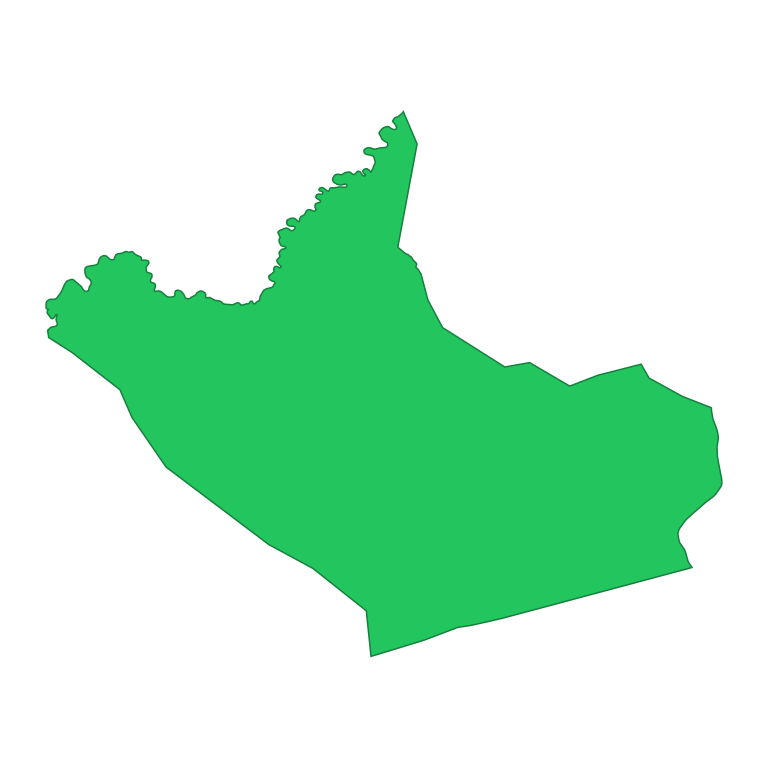 Orxon, Selenge, Mongolia (Robinson projection)
{"feature_id": "93677404B79520329035093", "entity_name": "Orxon", "entity_type": "district", "adm_level": 2, "iso_a3": "MNG", "parent_name": "Mongolia", "parent_adm1": "Selenge", "projection": "robinson", "projection_center": [105.368, 49.049], "detail": "fine", "context": "isolated", "style": "filled", "palette": "green", "viewbox_px": 768, "rotation_deg": 0, "n_neighbors": 0, "source": "geoboundaries", "source_scale": "gbopen_adm2", "svg_char_len": 6056}
<svg xmlns="http://www.w3.org/2000/svg" viewBox="0 0 768 768"><path d="M46.2,308.6L48.2,309.4L47.4,311.0L47.1,312.4L47.6,313.6L50.8,318.0L51.7,318.6L52.3,318.7L53.8,318.0L54.8,316.7L55.8,314.8L56.7,314.5L57.0,314.7L57.2,315.1L56.2,318.5L56.1,319.7L56.4,321.0L56.9,322.3L57.3,323.6L57.0,325.0L56.2,325.9L55.0,326.5L50.9,327.2L49.1,328.8L48.6,329.8L47.6,330.2L48.7,337.6L72.1,352.5L119.9,389.7L132.0,417.5L166.1,467.1L269.0,544.7L312.7,568.3L366.3,610.8L371.0,656.4L424.0,640.2L457.7,627.4L471.0,625.4L501.5,618.5L692.0,567.5L688.6,562.5L687.8,560.5L685.7,552.7L684.6,549.8L681.2,544.7L679.9,543.1L678.9,539.9L677.9,534.2L678.2,532.3L678.8,530.2L679.4,528.8L683.2,523.4L685.5,520.4L689.2,516.7L706.1,502.0L713.3,496.6L715.9,493.9L720.8,486.9L721.5,485.3L721.9,482.8L721.6,478.6L719.4,467.5L717.4,456.4L717.3,452.4L717.0,447.4L718.4,438.1L718.1,435.7L717.4,431.5L716.4,428.2L713.0,419.1L711.6,411.6L711.4,407.8L682.3,396.4L649.1,378.1L641.1,364.2L598.0,375.2L569.7,386.1L529.6,362.6L504.8,367.0L442.6,327.6L427.9,300.0L421.0,273.9L420.2,272.9L418.0,269.1L416.3,267.9L415.9,266.9L416.7,264.0L416.0,262.9L413.1,260.0L411.9,257.8L411.0,256.8L409.6,256.0L407.8,254.4L406.7,254.2L405.3,253.5L397.8,247.2L417.1,144.0L403.3,111.6L401.9,113.5L398.3,116.4L397.3,117.0L395.5,117.5L394.4,118.1L392.7,120.8L392.6,121.2L392.9,121.7L395.8,125.2L396.0,126.4L396.8,127.4L396.3,128.9L395.7,129.4L393.9,129.5L392.7,129.2L391.4,128.6L388.5,126.6L386.5,126.6L383.2,127.9L381.6,129.3L379.7,131.8L379.1,132.8L379.2,133.9L380.3,135.4L381.7,138.9L384.3,141.1L385.7,141.9L387.3,142.5L387.9,144.6L387.5,145.7L386.8,146.7L385.8,147.3L384.8,147.5L379.5,148.0L375.1,149.2L373.2,148.9L369.9,147.7L367.4,147.9L365.7,148.5L364.3,149.7L363.9,150.7L364.0,152.0L364.4,153.0L365.5,153.9L367.0,154.6L369.6,154.9L372.7,155.9L373.4,156.3L373.9,157.3L375.3,162.0L375.0,163.3L373.4,166.6L373.1,168.3L371.9,170.1L371.3,171.8L371.0,172.0L370.6,172.0L369.1,170.1L367.2,168.8L366.5,168.7L364.3,169.2L362.8,170.8L362.8,171.4L363.5,173.0L365.5,175.0L365.3,175.5L364.8,176.0L364.1,176.0L362.6,175.3L360.6,172.4L359.7,171.6L358.4,171.2L357.2,171.5L355.3,173.7L353.9,174.5L352.9,174.4L350.2,172.2L348.8,172.0L347.0,172.2L344.4,173.0L342.1,174.6L340.9,174.7L337.7,174.2L336.3,174.4L334.9,175.1L333.4,177.0L332.9,178.4L332.6,179.7L333.0,181.2L333.8,182.3L337.0,184.3L340.8,185.1L345.2,184.1L346.1,184.2L346.7,184.6L347.0,185.8L346.8,186.4L345.4,187.3L339.0,186.9L336.2,187.6L330.8,187.9L330.2,188.2L329.8,188.8L329.0,190.8L328.5,191.1L326.8,190.7L324.5,188.7L322.3,187.5L320.9,187.7L320.1,188.0L319.2,188.9L318.9,189.4L319.1,190.1L319.8,190.9L320.8,191.1L322.7,192.0L322.8,193.1L322.2,194.1L321.7,194.3L318.9,194.1L317.6,194.4L316.6,194.9L316.0,195.8L315.9,197.6L316.6,198.3L320.1,200.4L320.5,200.8L320.5,201.3L320.3,201.9L319.2,202.5L316.2,203.4L315.5,204.0L315.1,204.9L315.0,206.9L315.1,207.6L315.6,208.3L316.0,209.4L315.3,210.4L314.8,210.9L314.0,211.2L313.4,211.1L310.8,209.9L309.4,209.7L308.1,209.8L307.2,210.2L306.3,211.0L304.7,214.3L304.1,214.9L300.8,216.7L299.6,219.1L299.5,221.0L299.3,221.5L299.0,221.6L298.5,221.7L295.2,218.8L293.7,218.2L292.6,218.1L291.0,218.3L287.6,219.8L286.9,220.6L286.7,223.5L287.3,224.7L288.2,225.5L289.7,226.0L294.3,226.4L294.9,226.8L295.1,227.3L295.0,228.1L294.4,229.2L293.0,230.4L292.5,230.7L291.1,230.5L290.2,230.1L288.1,228.6L286.3,228.0L283.7,228.7L282.3,229.6L280.9,229.9L279.3,230.7L278.5,231.5L278.0,232.2L278.0,233.0L279.1,234.8L279.5,236.2L280.3,237.4L279.1,239.2L279.1,241.1L279.4,242.6L280.6,244.9L281.4,245.8L282.3,246.2L285.0,246.8L285.7,247.2L285.9,247.6L285.6,248.2L285.0,248.7L282.4,249.1L281.1,249.9L280.1,251.0L279.2,252.4L279.0,253.4L279.8,255.4L279.9,256.4L279.6,257.1L277.4,259.3L276.9,260.1L276.9,261.1L277.5,262.6L280.1,265.5L281.0,266.1L281.3,266.6L280.5,267.5L279.7,267.8L276.9,266.4L276.2,266.4L275.3,266.5L274.2,267.3L273.7,268.8L274.0,271.7L272.7,272.8L272.3,273.4L269.0,275.8L268.7,276.6L269.2,278.7L269.6,279.5L271.9,281.0L274.2,281.7L274.9,282.4L275.0,283.1L274.7,283.8L273.7,284.9L272.9,286.7L272.2,287.2L271.7,287.6L267.2,288.5L265.2,289.4L263.6,290.5L260.3,296.0L260.1,296.9L260.0,298.2L259.6,299.7L258.6,300.9L256.3,302.2L255.6,303.2L255.1,303.7L253.7,303.7L253.0,302.9L252.3,301.3L251.5,301.2L250.2,301.5L249.8,302.1L249.6,302.8L249.1,303.3L248.0,303.8L246.3,303.9L242.6,305.0L240.8,304.9L239.4,303.2L238.3,302.8L236.9,302.9L232.7,304.8L225.0,304.2L223.9,303.9L222.6,303.2L221.5,302.0L220.4,301.4L218.5,300.7L215.2,300.4L209.8,297.5L206.3,297.8L205.7,297.4L205.7,294.3L204.9,292.8L202.4,291.2L201.0,291.0L199.9,291.1L197.2,292.6L196.3,293.7L195.9,294.6L195.3,295.2L191.6,297.1L189.9,298.4L189.1,298.7L187.3,298.7L185.3,297.9L183.8,294.3L182.2,292.4L181.0,291.3L178.1,290.1L177.0,290.2L175.4,291.1L175.0,292.0L174.9,294.9L174.6,296.0L173.7,296.6L171.0,297.1L168.0,297.0L166.0,295.9L161.5,291.9L159.9,291.2L158.0,290.9L155.3,291.3L154.4,290.9L154.4,289.2L155.1,287.9L155.4,286.6L155.4,285.0L155.0,284.0L154.2,283.2L151.2,282.4L150.7,281.8L150.4,280.9L150.9,278.6L151.8,277.6L152.1,275.2L151.8,274.4L151.0,273.5L147.3,272.3L146.8,272.0L146.5,271.3L146.0,267.9L146.2,267.0L148.7,263.7L148.9,262.3L148.6,261.4L147.9,260.7L146.4,260.3L145.4,260.1L142.1,260.2L141.7,260.0L141.4,259.3L141.3,257.7L140.7,257.0L139.7,256.4L138.7,256.1L135.4,254.5L134.5,253.7L132.7,251.8L131.6,251.6L128.7,252.3L126.1,251.5L124.7,251.8L122.5,253.1L117.7,253.8L116.1,254.6L115.4,255.7L114.1,259.2L112.4,259.9L110.2,259.4L109.0,258.6L106.7,256.3L105.2,255.7L103.2,255.7L100.6,257.1L99.8,258.3L99.0,259.7L98.9,260.8L97.9,263.5L97.3,264.3L94.7,265.3L91.1,265.7L87.3,266.5L86.1,267.1L85.3,267.8L85.0,269.1L84.9,271.7L85.2,273.9L86.4,277.0L89.5,279.2L90.7,280.6L91.1,281.7L91.1,284.0L89.5,286.6L89.0,288.2L88.8,289.6L88.4,290.7L86.2,291.5L85.1,291.3L83.1,289.6L82.0,287.5L81.0,286.1L79.3,284.9L78.1,283.6L75.7,281.8L74.0,280.2L72.8,279.5L71.3,279.5L69.0,280.2L66.9,281.2L65.9,282.3L64.5,284.5L61.8,290.8L60.2,293.4L56.6,298.3L55.7,298.9L54.3,299.3L50.6,299.3L48.7,299.9L47.2,301.0L46.4,302.1L46.1,303.5L46.2,308.6Z" fill="#22c55e" stroke="#15803d" stroke-width="1.5"/></svg>